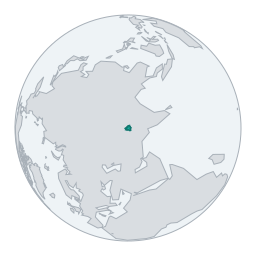 globe centered on Punjab, rotated 256°
{"feature_id": "IND-3249", "entity_name": "Punjab", "entity_type": "State", "adm_level": 1, "iso_a3": "IND", "parent_name": "India", "parent_adm1": "", "projection": "orthographic", "projection_center": [75.648, 31.038], "detail": "fine", "context": "on_globe", "style": "filled", "palette": "teal", "viewbox_px": 256, "rotation_deg": 256, "n_neighbors": 0, "source": "natural_earth", "source_scale": "10m", "svg_char_len": 11716}
<svg xmlns="http://www.w3.org/2000/svg" viewBox="0 0 256 256"><g transform="rotate(256 128 128)"><circle cx="128" cy="128" r="113" fill="#eef3f6" stroke="#a8b0b8"/><path d="M157.1,19.2L157.5,19.4L165.2,22.9L170.5,25.0L167.1,24.1L179.0,28.9L185.0,32.8L176.5,28.0L174.3,27.2L177.5,29.4L175.9,29.1L176.5,30.1L174.3,29.7L169.5,27.2L168.0,27.0L170.3,28.6L169.6,29.5L166.4,27.1L164.8,28.4L156.5,25.2L149.6,20.3L143.2,19.3L131.4,16.6L130.7,17.0L125.8,16.7L123.2,17.1L121.8,16.8L120.9,17.4L122.7,17.7L123.0,18.1L121.6,18.5L119.5,18.0L119.9,17.8L118.6,17.8L118.1,17.5L117.6,17.9L115.2,17.5L115.5,18.5L111.9,18.7L110.9,18.3L113.7,17.6L118.4,15.9L118.2,15.8L117.6,15.8L125.5,15.4L133.5,15.5L141.4,16.2L149.3,17.4L157.1,19.2ZM99.6,19.0L99.0,19.2L102.6,18.4L102.3,18.6L104.9,18.3L101.5,19.3L96.9,20.5L94.6,20.8L92.5,21.4L92.3,22.0L85.8,24.0L77.5,27.7L76.1,28.3L77.7,27.2L78.3,26.9L88.7,22.4L99.6,19.0ZM174.6,26.7L172.7,25.6L175.1,26.8L174.6,26.7ZM177.0,30.4L178.0,30.8L177.9,31.2L177.0,30.4ZM106.5,17.9L105.7,18.1L106.5,17.9ZM108.4,17.6L108.9,17.4L109.9,17.2L109.5,17.4L108.4,17.6ZM174.4,30.9L173.9,31.5L173.6,30.5L174.4,30.9ZM107.5,18.0L111.5,17.1L113.2,16.9L113.3,17.4L107.5,18.0ZM173.1,31.6L171.9,33.4L174.2,34.5L167.2,32.8L170.5,31.6L169.7,30.1L171.5,31.2L173.1,31.6ZM123.9,17.6L121.9,17.4L124.9,17.3L123.9,17.6ZM125.7,17.5L134.4,17.2L136.7,17.9L133.3,17.8L137.3,18.7L134.1,19.2L131.2,18.8L130.4,18.2L129.8,18.9L125.7,17.5ZM163.5,31.7L162.5,31.8L162.6,31.2L163.5,31.7ZM123.3,18.3L124.8,18.1L126.9,18.7L124.2,19.2L124.4,18.8L123.3,18.3ZM139.8,18.8L140.9,19.5L138.6,20.0L138.7,20.4L134.2,19.3L139.8,18.8ZM123.2,18.9L122.7,19.5L120.5,19.6L121.9,18.6L123.2,18.9ZM128.6,18.6L129.4,19.0L128.1,18.9L128.6,18.6ZM112.3,20.7L114.1,20.2L115.4,20.4L112.3,20.7ZM122.7,19.8L123.5,19.7L124.2,19.8L123.4,20.3L122.7,19.8ZM132.9,19.8L131.7,20.0L134.6,20.3L133.0,20.8L130.3,20.1L130.8,20.6L130.3,20.8L128.7,20.0L132.9,19.8ZM124.7,21.1L120.7,20.6L117.0,21.3L115.8,21.1L121.9,20.0L124.7,21.1ZM127.2,20.5L125.4,20.8L124.8,20.3L125.7,19.7L127.2,20.5ZM132.9,21.6L136.1,20.9L136.6,21.1L132.9,21.6ZM123.7,21.4L124.7,21.5L123.5,21.5L123.7,21.4ZM130.2,21.6L131.3,21.3L131.8,21.5L130.2,21.6ZM125.8,22.1L124.5,21.9L125.1,21.5L125.8,22.1ZM127.9,22.0L128.4,22.4L126.1,21.5L128.3,21.8L127.9,22.0ZM130.6,21.9L131.2,21.9L130.1,22.0L130.6,21.9ZM124.5,24.0L121.4,23.0L122.6,22.0L125.4,23.1L124.5,24.0ZM16.3,119.1L19.2,100.3L21.0,96.3L23.6,89.6L37.6,78.5L38.0,82.4L46.1,88.1L46.7,90.0L42.9,94.5L46.8,107.0L51.3,104.3L57.6,112.6L63.5,115.4L70.5,106.3L60.8,101.5L61.9,95.8L71.9,95.4L80.7,100.0L81.4,98.0L78.1,91.3L82.5,88.8L77.2,88.7L77.6,91.3L74.4,91.5L73.8,89.1L75.4,88.3L73.4,86.2L66.4,91.3L66.0,94.6L59.3,92.3L58.1,97.6L55.5,98.7L56.5,90.3L58.2,87.9L58.3,77.6L55.9,79.7L55.7,89.8L54.7,88.3L51.5,91.8L53.2,88.0L54.0,76.9L49.5,74.8L39.7,80.2L37.9,78.7L38.3,74.5L46.0,65.8L49.1,70.3L51.8,67.7L54.7,62.0L55.4,64.0L57.0,62.4L58.5,64.0L64.1,62.2L66.1,63.6L71.7,59.2L73.5,59.5L69.7,61.9L68.2,64.5L73.7,68.4L75.7,68.1L78.9,65.0L80.0,66.7L82.3,63.3L87.2,64.4L83.2,60.4L86.8,57.2L91.6,56.1L92.0,54.4L84.4,56.4L81.9,57.9L81.0,60.2L73.7,64.2L71.1,63.7L76.0,57.2L72.8,56.0L78.1,51.8L95.6,48.5L101.2,49.3L103.5,57.2L100.3,58.6L97.8,56.4L97.0,61.4L98.5,59.5L99.5,61.1L103.2,58.8L104.0,59.8L106.1,56.1L107.5,57.1L106.2,59.4L112.8,57.4L116.7,59.0L117.8,58.1L117.9,56.7L122.8,60.0L123.4,59.2L122.0,57.8L122.3,55.4L124.7,52.5L126.3,53.8L125.6,55.0L126.6,59.6L124.6,62.9L125.4,63.1L127.6,60.6L126.4,55.0L127.4,52.9L128.5,55.4L128.2,54.3L129.2,53.8L131.6,54.4L130.7,51.7L139.5,44.6L145.1,45.5L145.1,48.3L152.9,45.7L158.6,47.6L157.3,46.3L160.2,44.5L158.5,43.8L158.1,43.1L164.7,39.0L167.4,39.3L168.8,36.6L168.2,36.0L166.2,35.6L167.2,32.8L174.2,34.5L175.3,35.7L178.9,36.2L181.0,39.2L184.3,42.1L184.5,45.6L187.2,47.9L188.3,47.8L192.7,51.1L198.0,58.6L188.8,52.7L179.9,42.9L183.1,46.7L180.9,46.0L181.2,47.5L183.6,50.4L184.8,50.6L181.2,57.1L184.0,66.2L187.4,64.5L190.9,66.3L197.1,76.7L196.1,93.8L200.8,97.7L202.0,100.8L200.1,103.8L198.2,99.2L195.0,98.4L194.2,95.5L190.4,99.1L189.2,95.2L186.9,100.2L189.3,102.9L193.1,100.9L191.6,107.3L197.2,111.5L199.4,117.9L195.1,131.5L188.4,137.0L188.3,139.2L184.8,137.6L181.4,142.6L188.8,152.6L189.0,155.9L182.9,163.5L182.5,161.2L173.4,157.1L172.5,165.0L179.4,170.1L181.9,176.8L176.9,175.6L174.3,169.7L171.1,168.0L171.3,161.2L167.5,151.6L162.4,154.3L162.3,150.1L156.2,142.2L148.6,145.6L136.8,157.2L136.1,167.6L131.7,172.1L124.0,157.2L122.5,146.9L118.5,147.6L111.6,138.3L96.2,135.8L95.1,132.8L92.0,133.5L87.3,129.7L86.0,124.8L82.7,124.3L86.4,137.2L90.1,137.8L94.7,134.2L94.9,138.5L99.6,143.1L90.5,151.4L69.5,154.9L69.3,146.8L62.8,121.3L64.0,119.1L64.0,118.8L64.1,118.2L61.6,121.6L61.1,116.7L62.6,133.8L62.0,140.5L69.2,155.2L68.0,156.1L70.9,159.4L82.3,159.6L81.9,162.1L75.4,172.1L61.3,182.4L64.3,192.7L65.1,200.2L58.7,202.0L61.7,207.9L58.7,208.1L60.1,211.0L59.1,212.7L56.6,212.9L49.6,208.2L47.2,205.3L40.8,197.5L31.0,180.1L30.7,174.8L29.3,169.0L24.4,152.7L25.4,146.6L24.6,142.4L22.6,140.9L21.9,135.9L20.9,134.4L16.4,127.1L16.3,119.1ZM29.8,86.5L28.7,88.3L29.8,86.5ZM88.2,110.3L94.8,112.6L95.1,105.3L97.6,105.7L96.8,103.2L95.1,104.8L93.5,98.2L97.5,97.2L98.4,94.3L96.2,93.4L89.2,96.4L91.3,105.7L88.4,107.9L88.2,110.3ZM74.9,28.6L75.7,28.4L74.4,29.0L70.4,31.3L67.7,32.9L69.9,31.5L74.9,28.6ZM64.1,52.7L63.4,54.5L61.2,55.8L58.6,54.9L61.8,52.8L64.1,52.7ZM63.1,56.7L68.7,50.9L70.5,51.5L68.5,52.1L69.2,53.1L66.2,54.3L62.5,60.9L60.2,62.6L56.6,59.4L59.0,59.4L59.5,57.6L63.1,56.7ZM79.7,37.7L82.2,35.9L83.0,39.5L80.6,40.8L77.9,39.7L79.1,37.6L79.7,37.7ZM107.0,19.4L107.9,19.0L108.4,19.1L108.1,19.4L107.0,19.4ZM113.1,20.4L103.7,21.4L104.2,20.9L98.1,22.4L97.1,21.8L101.1,20.8L95.8,21.7L99.0,20.5L95.2,21.4L104.3,19.1L107.0,18.4L104.3,19.4L105.1,19.9L106.3,19.9L111.6,19.4L117.8,18.3L119.6,18.9L119.2,19.6L118.0,20.0L117.2,19.4L116.2,20.3L114.1,19.8L113.1,20.4ZM113.8,31.4L113.4,30.0L111.0,32.9L108.9,31.9L108.7,32.3L106.1,32.3L102.7,33.0L102.2,32.4L101.1,33.0L99.3,33.1L97.6,33.7L96.1,32.9L93.9,33.7L94.4,32.8L91.0,34.5L92.8,32.9L90.7,33.1L90.1,34.5L85.8,29.8L82.6,29.5L78.9,30.3L82.5,27.9L88.2,25.9L94.4,24.7L96.9,25.5L98.1,24.4L99.7,24.6L98.1,25.3L101.4,24.3L102.3,24.7L107.8,24.4L112.1,23.0L114.2,23.0L113.0,23.8L116.0,23.3L115.1,24.8L116.5,24.9L117.1,26.6L113.9,28.3L115.8,28.3L116.3,29.8L113.8,31.4ZM124.5,24.5L121.1,26.3L118.2,26.8L118.4,23.6L117.2,23.3L117.1,21.6L121.2,21.0L120.9,21.5L121.5,21.9L119.9,21.9L121.6,22.2L121.1,23.0L122.3,23.5L120.9,23.9L124.5,24.5ZM49.0,89.1L49.7,90.1L51.3,91.0L49.3,93.3L49.0,89.1ZM49.4,81.5L50.3,81.9L48.2,85.4L47.5,84.5L49.4,81.5ZM52.6,79.3L50.5,81.6L51.2,79.8L52.6,79.3ZM70.7,62.1L71.9,62.4L71.3,63.3L69.9,64.0L70.7,62.1ZM106.1,41.0L106.3,39.8L107.1,39.7L109.6,37.4L111.4,38.2L110.5,39.8L106.1,41.0ZM67.9,107.3L65.1,108.4L64.7,107.0L65.7,106.9L67.9,107.3ZM56.0,100.7L57.9,103.5L55.4,101.4L56.0,100.7ZM108.4,41.4L109.3,40.3L109.6,41.4L108.4,41.4ZM112.8,38.6L113.5,39.6L111.9,38.0L112.8,38.6ZM119.3,238.5L121.2,239.0L119.3,238.9L119.3,238.5ZM81.8,204.1L79.2,215.0L74.5,213.6L72.1,209.7L72.0,202.7L76.9,202.0L78.9,199.0L81.8,204.1ZM204.2,185.7L206.6,185.1L206.5,185.5L204.2,185.7ZM201.7,185.3L204.6,184.3L201.1,186.4L201.7,185.3ZM205.7,183.9L208.6,181.8L209.9,180.6L209.6,181.6L205.7,183.9ZM199.7,186.0L188.2,189.5L183.4,189.6L184.7,187.7L192.4,186.1L199.7,186.0ZM184.3,187.8L176.9,185.0L165.7,173.2L169.7,172.9L181.2,179.0L180.5,180.6L185.0,183.1L184.3,187.8ZM201.7,174.4L201.0,178.8L194.8,180.5L191.8,180.7L189.8,175.8L191.0,172.7L193.4,172.1L202.1,159.6L205.2,160.8L202.8,165.9L205.3,168.7L201.7,174.4ZM136.7,168.6L139.7,174.5L137.2,175.5L136.7,168.6ZM205.0,151.4L201.9,157.0L204.5,150.0L205.0,151.4ZM206.2,145.2L206.7,147.3L205.0,145.7L206.2,145.2ZM188.7,142.3L186.2,143.5L185.8,142.0L188.9,139.5L188.7,142.3ZM201.1,123.3L202.1,128.1L202.0,129.9L200.3,127.4L201.1,123.3ZM124.5,48.0L119.0,50.1L116.2,52.5L116.4,55.1L113.7,52.6L118.1,48.8L124.5,48.0ZM137.5,44.7L137.3,42.8L138.9,43.2L139.2,43.7L137.5,44.7ZM136.3,43.8L133.1,42.2L133.9,40.9L136.3,42.4L136.3,43.8ZM120.6,41.3L118.8,41.8L118.6,40.9L120.6,41.3ZM209.5,205.8L210.5,204.6L208.6,206.6L211.6,203.2L208.3,206.8L209.0,205.5L207.3,206.3L190.1,218.6L187.1,219.4L189.5,217.0L189.8,211.8L191.0,211.5L192.2,207.1L203.3,199.0L211.7,187.9L216.0,185.9L220.4,177.9L224.3,175.5L222.1,181.2L224.9,181.1L229.8,168.3L228.6,177.5L228.6,178.6L228.4,179.1L224.4,186.3L219.9,193.1L214.9,199.6L209.5,205.8ZM210.1,183.5L213.7,178.9L215.4,177.7L210.1,183.5ZM238.5,150.1L238.4,150.2L238.6,149.4L238.5,150.1ZM238.8,147.6L238.8,148.1L238.8,147.9L238.8,147.6ZM238.6,148.5L238.4,148.5L238.5,148.2L238.6,148.5ZM234.0,157.8L235.0,160.5L233.6,162.4L232.3,161.4L230.3,166.1L226.4,169.1L227.6,166.4L227.3,164.0L222.6,166.2L221.6,164.9L223.5,162.4L220.1,163.0L223.9,159.8L225.2,162.8L227.2,158.3L230.3,156.6L232.9,155.3L234.5,156.1L234.0,157.8ZM223.5,168.5L224.1,168.1L223.4,169.7L223.5,168.5ZM238.1,147.8L238.3,148.6L238.2,149.2L238.0,149.5L238.1,147.8ZM235.0,154.9L237.0,149.1L237.3,148.6L235.9,154.0L235.0,154.9ZM236.7,147.6L237.4,146.9L237.6,148.1L237.5,148.9L236.7,147.6ZM215.8,169.5L215.6,170.7L214.6,170.4L215.8,169.5ZM217.2,168.1L220.3,167.6L216.9,169.2L217.2,168.1ZM207.0,169.0L208.0,171.2L211.3,168.1L208.8,171.6L210.8,175.0L210.0,176.9L208.0,173.2L207.0,178.3L205.5,178.8L204.9,175.1L206.5,169.4L208.0,166.7L213.7,163.2L207.0,169.0ZM217.3,164.9L216.4,162.2L217.0,159.8L218.0,161.0L217.3,164.9ZM213.6,156.0L210.9,153.4L208.8,155.7L212.7,148.6L214.7,152.3L213.6,156.0ZM210.8,148.8L208.8,151.0L210.7,147.0L210.8,148.8ZM208.2,149.9L207.6,147.4L209.3,147.1L208.2,149.9ZM211.9,148.4L211.7,143.8L212.9,146.0L211.9,148.4ZM206.0,141.9L210.3,144.7L205.3,144.8L203.6,136.3L205.6,135.3L206.0,141.9ZM207.8,102.2L206.5,100.0L207.9,98.6L208.4,100.5L207.8,102.2ZM211.2,92.8L207.8,97.5L204.9,101.6L206.5,102.2L207.1,106.8L203.9,103.7L204.9,97.8L207.4,95.5L206.4,91.9L207.4,88.5L205.1,84.4L205.0,82.1L207.9,85.2L211.2,92.8ZM203.9,82.8L200.2,75.4L203.5,74.9L205.0,76.4L205.4,79.9L203.6,80.0L203.9,82.8ZM200.3,73.6L198.6,73.6L189.5,64.7L188.4,62.8L197.0,68.8L195.9,69.3L197.5,71.7L200.3,73.6ZM163.5,32.4L162.6,31.9L163.8,32.1L163.5,32.4ZM157.0,42.8L156.7,41.8L158.2,41.9L157.0,42.8ZM156.6,39.2L155.2,39.7L156.0,38.6L156.6,39.2ZM152.1,41.0L154.3,39.6L153.1,41.8L152.1,41.0Z" fill="#d9dde1" stroke="#a8b0b8" stroke-width="1"/><path d="M127.4,125.8L127.4,125.7L127.5,125.6L127.4,125.5L127.5,125.4L127.7,125.5L127.8,125.5L127.8,125.4L128.1,125.3L128.1,125.2L128.3,125.1L128.4,125.3L128.2,125.4L128.2,125.5L127.9,125.6L128.0,125.7L128.0,125.8L127.9,125.9L127.9,126.0L128.0,126.0L128.3,126.1L128.5,126.3L128.5,126.5L128.7,127.0L128.8,127.2L128.8,127.3L128.9,127.5L129.0,127.5L129.0,127.4L129.0,127.5L129.1,127.4L129.2,127.2L129.3,127.4L129.3,127.5L129.5,127.5L129.6,127.8L129.6,128.0L129.8,128.1L129.9,128.3L130.0,128.4L130.0,128.5L129.9,128.5L130.0,128.7L130.1,128.8L130.1,129.0L130.1,129.3L130.0,129.2L129.9,129.2L129.8,129.3L129.7,129.4L129.6,129.5L129.7,129.8L129.4,129.9L129.3,129.7L129.3,129.8L129.2,129.8L128.9,129.8L129.0,129.8L128.9,130.0L129.0,130.3L128.9,130.3L128.7,130.4L128.7,130.5L128.4,130.5L128.4,130.4L128.2,130.4L128.1,130.5L127.9,130.5L127.7,130.4L127.6,130.5L127.4,130.7L127.4,130.8L127.2,130.7L127.3,130.5L127.2,130.4L127.1,130.2L127.0,130.3L126.9,130.3L126.8,130.2L126.7,130.1L126.4,130.1L126.2,130.2L125.9,130.1L125.7,130.1L125.1,130.1L125.0,129.9L125.1,129.7L125.1,129.4L124.9,129.3L125.0,129.3L125.0,129.2L125.3,129.0L125.3,128.9L125.4,128.7L125.5,128.7L125.7,128.4L125.8,128.3L125.9,128.2L126.0,128.2L126.3,127.9L126.2,127.8L126.1,127.7L126.2,127.3L126.3,127.2L126.2,127.0L126.2,126.9L126.1,126.7L126.2,126.4L126.3,126.3L126.4,126.2L126.5,126.2L126.8,126.0L127.0,126.0L127.0,125.9L127.1,126.0L127.1,125.9L127.3,125.8L127.4,125.8Z" fill="#14b8a6" stroke="#0f766e" stroke-width="1.5"/></g></svg>